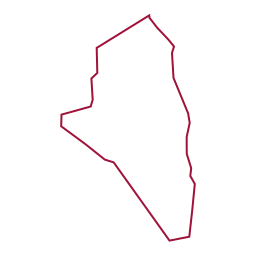 Al Mahwit City, Al Mahwit, Yemen (orthographic projection)
{"feature_id": "15242507B54301624222868", "entity_name": "Al Mahwit City", "entity_type": "district", "adm_level": 2, "iso_a3": "YEM", "parent_name": "Yemen", "parent_adm1": "Al Mahwit", "projection": "orthographic", "projection_center": [43.552, 15.463], "detail": "fine", "context": "isolated", "style": "outline", "palette": "rose", "viewbox_px": 256, "rotation_deg": 0, "n_neighbors": 0, "source": "geoboundaries", "source_scale": "gbopen_adm2", "svg_char_len": 456}
<svg xmlns="http://www.w3.org/2000/svg" viewBox="0 0 256 256"><path d="M191.2,168.2L186.8,154.0L186.7,148.0L186.7,136.9L189.7,122.9L188.1,113.3L173.5,77.9L172.0,53.0L174.0,46.5L168.3,39.5L156.9,27.4L149.5,17.8L149.2,15.4L96.7,47.9L97.3,72.9L91.4,78.5L92.7,99.7L90.7,106.5L61.5,114.6L61.2,126.3L85.6,144.3L104.8,159.6L113.7,162.4L169.5,240.6L189.3,236.7L192.2,210.6L194.8,183.9L190.3,176.0L191.2,168.2Z" fill="none" stroke="#9f1239" stroke-width="2"/></svg>